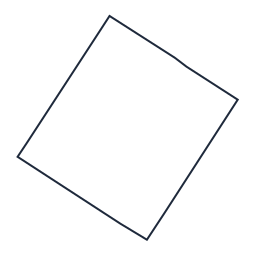 the district of Lincoln, Wisconsin, United States of America, rotated 123°
{"feature_id": "52423323B27188266826921", "entity_name": "Lincoln", "entity_type": "district", "adm_level": 2, "iso_a3": "USA", "parent_name": "United States of America", "parent_adm1": "Wisconsin", "projection": "equal_earth", "projection_center": [-89.718, 45.337], "detail": "fine", "context": "isolated", "style": "outline", "palette": "slate", "viewbox_px": 256, "rotation_deg": 123, "n_neighbors": 0, "source": "geoboundaries", "source_scale": "gbopen_adm2", "svg_char_len": 301}
<svg xmlns="http://www.w3.org/2000/svg" viewBox="0 0 256 256"><g transform="rotate(123 128 128)"><path d="M212.3,204.9L212.4,82.3L211.4,51.3L178.8,51.1L44.5,51.4L44.7,112.3L43.6,126.9L44.1,204.5L65.7,204.5L130.4,204.6L194.3,204.7L212.3,204.9Z" fill="none" stroke="#1e293b" stroke-width="2"/></g></svg>